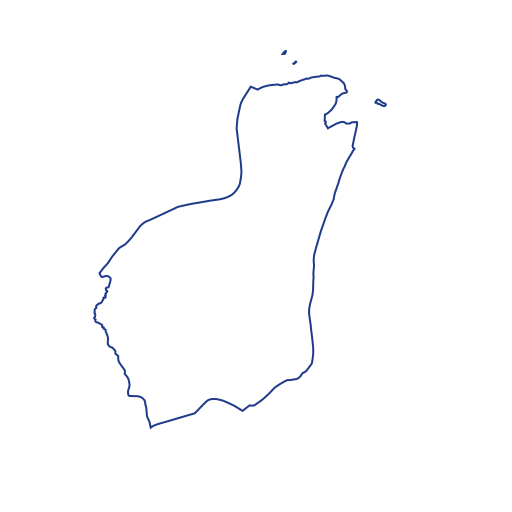 Hat Samran, Trang, Thailand, rotated 219°
{"feature_id": "78962969B83331029808127", "entity_name": "Hat Samran", "entity_type": "district", "adm_level": 2, "iso_a3": "THA", "parent_name": "Thailand", "parent_adm1": "Trang", "projection": "robinson", "projection_center": [99.606, 7.227], "detail": "fine", "context": "isolated", "style": "outline", "palette": "blue", "viewbox_px": 512, "rotation_deg": 219, "n_neighbors": 0, "source": "geoboundaries", "source_scale": "gbopen_adm2", "svg_char_len": 6010}
<svg xmlns="http://www.w3.org/2000/svg" viewBox="0 0 512 512"><g transform="rotate(219 256 256)"><path d="M366.6,384.3L365.0,370.1L364.1,366.0L363.0,363.1L356.7,350.8L351.4,343.0L326.5,318.9L320.3,312.3L317.6,308.4L314.0,302.0L313.1,299.0L312.7,295.6L312.7,292.3L313.1,289.2L313.9,286.7L315.2,283.9L317.4,280.3L319.6,277.5L325.4,271.3L339.5,255.3L347.2,245.6L347.7,244.8L360.7,218.1L363.3,213.3L363.9,211.6L364.4,209.6L364.8,206.8L364.8,204.7L364.3,191.9L364.5,187.2L365.0,183.0L365.3,181.8L366.7,178.1L367.2,176.4L367.4,174.9L367.4,165.0L366.6,157.5L366.7,155.5L367.0,150.7L366.8,144.1L364.5,143.0L363.1,142.6L362.7,142.6L362.4,142.7L360.8,145.0L360.0,146.0L359.1,146.8L358.7,147.0L358.1,147.2L356.6,147.3L355.4,147.3L355.1,147.1L354.7,146.8L353.9,145.9L352.6,143.2L352.2,141.8L351.8,141.0L351.1,140.0L351.1,138.7L351.3,138.2L352.2,137.4L352.3,137.3L352.4,136.5L352.3,136.2L351.6,135.5L351.1,135.1L350.5,135.0L349.7,135.2L349.4,135.0L349.2,134.6L349.3,132.3L349.3,131.9L349.1,131.7L348.3,131.3L348.1,130.9L348.3,130.4L348.3,130.1L347.4,129.8L347.0,129.4L346.8,129.1L346.9,128.9L347.1,128.5L348.2,127.9L348.3,127.7L348.2,127.3L347.7,126.9L347.5,126.6L346.9,123.0L347.0,122.1L347.4,121.0L348.5,119.7L348.4,118.6L348.4,118.3L348.8,117.7L348.9,117.4L348.6,116.4L348.5,116.2L347.8,115.6L347.4,115.0L347.4,114.8L347.7,114.3L347.8,113.6L347.7,113.1L347.2,112.1L347.0,111.8L346.3,111.2L345.7,110.1L345.5,109.9L344.9,110.0L344.4,109.7L343.1,108.0L342.8,107.4L342.8,107.1L342.9,106.4L342.8,106.0L342.7,105.8L341.5,105.5L340.7,105.6L340.2,104.5L339.6,104.2L338.9,104.0L338.1,104.1L337.1,104.8L335.5,105.0L332.8,105.6L332.2,105.5L331.7,105.2L331.2,104.3L330.7,104.0L330.2,104.4L329.4,104.7L329.2,104.6L329.0,104.4L328.9,103.8L328.7,103.6L326.5,104.1L325.5,102.9L322.3,101.2L320.4,99.9L319.2,99.0L317.0,95.8L316.1,94.8L315.5,94.3L314.8,93.9L313.9,93.6L312.8,93.6L312.1,93.6L310.0,94.4L309.5,94.4L305.6,93.7L305.0,93.3L304.3,92.0L303.9,91.7L303.2,91.5L302.7,91.5L300.8,91.7L300.2,91.5L300.0,91.4L299.6,90.7L298.9,90.1L297.9,88.9L296.7,88.0L296.1,87.6L295.2,87.2L293.2,86.5L288.0,85.2L286.4,84.7L285.5,84.1L283.8,81.8L283.3,81.6L281.6,81.4L279.4,80.8L277.6,80.0L275.7,78.6L273.5,76.6L272.6,75.4L271.7,73.8L271.0,71.7L270.6,70.8L269.5,69.3L268.1,67.9L267.8,67.7L267.0,67.5L266.1,67.7L259.4,72.8L257.5,73.6L255.6,74.1L254.4,74.1L252.3,73.8L251.7,73.7L249.6,72.1L248.9,71.2L246.3,69.5L240.0,63.0L238.9,62.3L234.0,59.8L229.8,56.3L229.4,58.0L228.2,60.7L226.7,63.3L204.6,95.2L203.2,110.5L202.5,113.9L200.8,116.5L198.8,118.4L196.1,120.3L190.5,122.9L184.5,124.5L178.7,125.9L169.0,127.2L167.0,135.8L165.6,136.6L163.7,138.3L163.1,139.5L161.1,146.6L160.2,150.7L159.1,158.9L158.9,162.5L158.5,166.0L157.1,170.6L154.7,177.0L153.6,179.2L151.7,180.8L149.5,183.2L146.9,186.1L146.6,186.8L145.9,189.0L145.8,190.9L146.1,193.9L145.9,194.8L145.1,196.5L144.7,197.6L144.6,199.0L144.9,207.0L145.1,207.8L147.2,211.6L150.1,216.1L153.2,220.0L156.6,223.5L163.7,230.5L167.5,234.1L169.9,236.6L177.3,243.5L178.4,244.6L180.9,247.6L182.1,249.6L184.0,253.2L187.6,261.3L190.0,265.1L191.3,266.9L196.1,273.1L197.4,275.1L200.7,278.9L204.8,285.0L206.0,286.3L207.5,287.8L209.0,289.6L211.5,293.5L212.0,294.5L212.3,295.3L214.4,299.9L221.2,316.1L225.6,328.4L226.7,331.7L228.2,336.6L228.8,339.3L229.7,343.4L230.5,346.2L231.5,349.3L233.2,352.2L234.7,355.6L237.8,364.3L239.4,368.1L240.4,370.9L242.0,375.6L243.0,379.0L243.5,381.6L244.1,383.4L244.8,385.8L245.9,393.1L246.1,394.9L246.8,398.6L246.8,400.7L246.9,401.3L247.0,401.4L247.3,401.4L248.1,401.2L248.8,401.3L249.5,401.7L250.2,402.4L250.6,403.0L251.5,404.9L253.0,407.7L257.0,415.7L257.3,416.3L259.5,420.6L260.6,422.3L261.6,423.5L262.0,423.6L262.4,423.4L262.5,423.3L263.0,422.5L263.4,422.1L264.9,421.0L266.1,419.5L266.1,418.7L266.4,418.1L268.9,415.9L269.4,415.7L271.5,415.6L272.2,415.3L272.9,414.9L274.2,413.6L275.3,411.9L276.8,409.5L277.2,408.5L280.0,401.8L280.5,400.5L285.6,402.4L285.6,403.3L285.7,403.6L286.1,404.0L286.7,404.4L287.5,404.0L291.4,409.3L290.9,410.0L290.3,411.7L289.9,413.4L289.4,416.9L289.3,417.7L289.7,423.3L289.8,424.0L290.5,426.0L291.5,427.7L292.3,428.9L293.0,429.7L293.4,430.0L293.4,430.5L292.7,430.7L292.4,431.0L292.2,431.4L291.5,435.4L291.2,436.4L290.5,437.5L288.9,439.4L288.6,440.3L288.6,440.7L288.8,441.1L289.2,441.4L289.9,441.6L291.2,441.7L291.8,442.0L293.2,443.5L294.5,444.6L296.6,445.6L296.9,445.6L300.5,445.8L301.2,445.9L301.7,445.9L302.9,445.8L305.2,444.9L307.3,443.7L311.2,442.5L313.5,441.5L314.7,440.8L315.3,440.0L316.6,438.8L317.8,437.8L319.2,436.8L319.3,436.4L319.4,435.7L321.1,434.1L325.2,429.7L326.3,427.6L326.9,426.8L327.7,426.0L328.3,425.8L328.7,425.2L329.5,423.7L330.9,421.7L332.6,418.8L332.9,417.6L333.5,417.0L333.7,416.6L334.0,416.2L334.3,416.1L334.6,416.1L335.0,415.7L336.0,414.5L336.6,413.7L337.2,412.8L337.7,412.1L338.4,411.7L339.3,411.6L339.6,411.4L339.8,409.6L340.2,408.8L341.5,407.9L341.8,407.3L342.3,407.0L342.8,406.3L343.8,404.6L345.0,403.8L346.8,403.2L351.4,398.8L354.1,395.8L357.0,391.8L359.2,387.2L359.4,386.4L366.6,384.3ZM259.9,450.6L259.8,450.4L259.6,450.3L259.4,450.5L259.2,451.2L259.2,451.3L258.8,451.2L257.9,451.1L257.7,451.1L257.5,450.9L257.2,450.9L256.8,451.1L256.3,451.4L255.5,451.9L255.2,451.9L254.3,451.9L254.0,452.0L253.8,452.1L253.6,452.2L252.4,452.3L251.8,452.7L251.1,452.9L250.7,453.2L250.1,454.1L250.1,454.9L250.3,455.3L250.6,455.6L251.2,455.7L251.8,455.6L252.2,455.4L253.2,455.2L253.9,454.9L254.8,454.8L256.4,454.7L257.2,454.8L258.5,454.8L259.6,454.4L260.0,453.9L260.2,453.1L259.9,450.6ZM362.1,433.0L362.2,432.7L362.5,431.6L362.5,431.1L362.3,430.9L362.4,430.2L362.4,429.9L361.7,430.5L361.4,430.6L361.2,430.8L361.1,431.2L360.9,431.4L360.8,431.6L361.3,431.9L361.2,432.2L361.3,432.3L361.4,432.5L361.3,433.6L361.5,433.8L361.7,434.1L361.8,434.1L361.9,433.9L362.0,433.9L362.1,433.6L362.3,433.1L362.1,433.0ZM347.3,432.3L347.6,430.4L347.7,430.1L347.8,429.5L348.2,428.4L348.2,428.2L348.0,428.6L347.3,429.6L347.3,430.0L347.0,431.2L347.0,431.7L347.1,431.8L347.3,431.9L347.0,432.2L347.1,432.3L347.3,432.3Z" fill="none" stroke="#1e3a8a" stroke-width="2"/></g></svg>